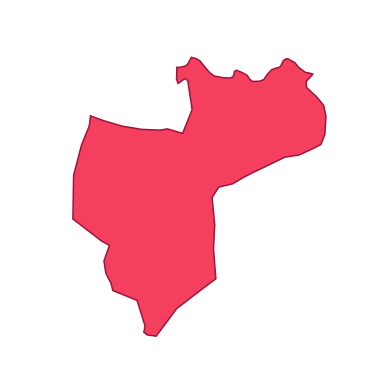 outline of Assalaya, Eastern Darfur, Sudan, rotated 191°
{"feature_id": "16777658B59060398252798", "entity_name": "Assalaya", "entity_type": "district", "adm_level": 2, "iso_a3": "SDN", "parent_name": "Sudan", "parent_adm1": "Eastern Darfur", "projection": "albers", "projection_center": [26.009, 11.71], "detail": "fine", "context": "isolated", "style": "filled", "palette": "rose", "viewbox_px": 384, "rotation_deg": 191, "n_neighbors": 0, "source": "geoboundaries", "source_scale": "gbopen_adm2", "svg_char_len": 1888}
<svg xmlns="http://www.w3.org/2000/svg" viewBox="0 0 384 384"><g transform="rotate(191 192 192)"><path d="M304.2,143.0L292.0,136.9L271.2,126.5L271.0,126.4L262.9,123.9L262.9,123.4L265.3,107.7L262.7,100.4L261.9,98.1L260.9,95.5L255.8,89.1L254.2,87.2L253.7,86.1L253.5,85.7L250.9,80.1L248.1,79.6L245.7,79.1L242.8,78.6L240.4,78.1L225.3,75.1L224.1,73.0L223.1,71.1L222.3,69.7L219.8,65.0L218.3,62.3L218.0,61.7L215.2,56.5L212.6,51.8L212.6,51.4L212.6,49.9L212.5,48.4L212.5,47.7L212.5,46.8L212.5,46.0L212.5,45.3L212.5,45.1L208.6,43.1L206.2,43.3L205.4,43.3L203.0,43.5L199.8,43.6L199.7,43.7L184.7,74.7L163.4,98.8L152.0,111.4L155.3,123.2L156.6,127.9L160.0,140.0L163.4,164.1L171.2,190.4L166.7,201.9L153.5,207.9L147.7,213.1L146.1,214.6L136.6,222.2L124.2,231.4L116.9,236.9L107.5,243.9L94.1,248.7L80.7,258.3L74.5,263.3L72.6,273.8L74.9,291.7L79.3,302.2L88.1,309.4L99.5,316.5L101.0,322.1L96.6,329.5L96.0,330.9L99.3,331.1L103.6,331.1L111.4,334.9L115.7,338.6L122.5,340.9L124.8,340.9L127.4,338.5L128.7,333.3L129.9,331.1L133.4,329.5L137.3,327.1L140.5,321.9L142.9,316.1L146.7,313.7L153.5,312.1L156.8,313.6L160.2,317.1L166.2,319.0L171.7,320.0L173.3,318.5L173.4,315.2L173.8,312.7L176.5,311.2L182.6,310.2L188.2,310.1L192.6,310.2L197.5,312.6L206.0,319.4L208.7,322.0L213.3,323.7L215.4,323.8L218.3,324.1L220.5,317.2L222.2,314.5L224.6,313.5L228.1,311.9L230.7,311.5L229.2,303.1L229.2,302.8L229.0,301.7L228.7,299.8L226.4,295.9L220.4,302.1L219.9,301.8L217.4,300.5L211.3,283.3L209.1,277.4L208.6,275.6L207.6,272.9L207.7,272.6L212.4,247.7L219.9,248.5L228.2,249.3L231.5,248.0L235.0,246.7L235.7,246.6L246.5,244.9L252.3,244.1L253.9,243.8L259.9,243.7L267.0,243.5L272.5,243.3L272.9,243.3L292.4,245.2L298.3,246.1L299.1,246.2L304.6,247.1L304.8,247.2L306.2,247.5L306.2,247.4L305.6,239.6L305.6,236.1L306.3,233.0L309.4,217.2L311.4,185.7L303.8,142.9L304.1,142.9L304.2,143.0Z" fill="#f43f5e" stroke="#9f1239" stroke-width="1.5"/></g></svg>